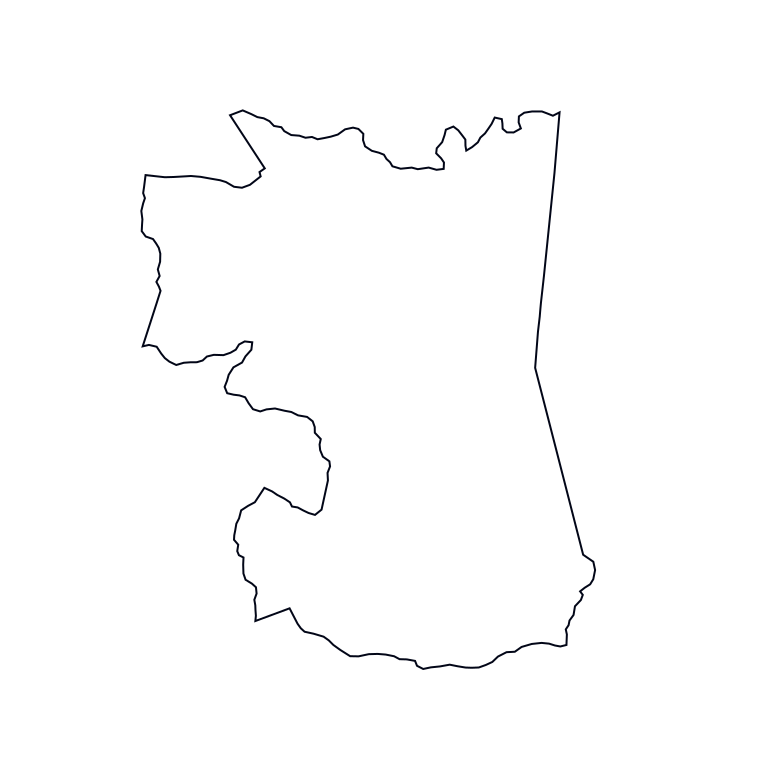 outline of Uruoca, Ceará, Brazil, rotated 78°
{"feature_id": "56859067B73687769922526", "entity_name": "Uruoca", "entity_type": "district", "adm_level": 2, "iso_a3": "BRA", "parent_name": "Brazil", "parent_adm1": "Ceará", "projection": "equal_earth", "projection_center": [-40.696, -3.323], "detail": "fine", "context": "isolated", "style": "outline", "palette": "ink", "viewbox_px": 768, "rotation_deg": 78, "n_neighbors": 0, "source": "geoboundaries", "source_scale": "gbopen_adm2", "svg_char_len": 3196}
<svg xmlns="http://www.w3.org/2000/svg" viewBox="0 0 768 768"><g transform="rotate(78 384 384)"><path d="M130.1,573.8L141.3,577.7L147.2,579.9L152.5,579.2L157.2,582.0L164.3,585.4L172.8,586.1L178.1,587.6L184.1,589.2L190.2,586.4L194.2,579.8L199.1,577.7L204.0,576.0L210.0,575.7L217.9,577.6L224.9,581.4L231.7,581.0L236.8,585.4L242.0,583.9L246.4,583.2L258.2,589.9L297.0,612.2L296.9,605.8L300.3,598.6L307.9,595.6L313.1,593.0L317.5,589.3L322.2,583.3L321.6,575.4L322.5,568.9L323.8,562.5L323.3,556.5L320.3,551.5L320.1,544.4L322.4,535.0L321.5,527.7L319.6,521.8L315.2,517.6L313.4,511.4L315.8,504.2L322.9,506.6L328.2,513.8L333.5,518.4L336.4,527.8L342.7,534.0L348.1,536.8L353.7,540.5L360.4,539.3L363.2,533.3L365.1,527.8L368.1,522.6L374.7,520.4L381.4,517.4L385.1,510.8L384.4,504.2L385.3,495.7L389.5,486.8L392.1,480.5L396.8,474.6L400.2,466.1L405.7,461.5L411.7,460.7L417.3,461.8L424.7,457.3L429.8,459.6L435.4,460.2L442.4,458.9L448.3,453.5L453.4,453.9L459.2,457.7L466.7,458.9L493.9,471.2L497.7,478.7L494.5,484.6L490.8,489.4L486.8,494.1L484.7,499.5L480.2,500.6L475.3,505.4L470.4,511.4L465.8,515.8L460.7,522.6L466.9,528.9L472.8,534.9L474.9,542.2L477.9,550.0L485.3,553.7L490.0,557.5L496.6,560.1L500.8,561.9L505.2,563.1L510.9,560.0L517.0,562.3L521.3,561.5L524.5,557.5L531.4,559.3L540.2,560.9L546.7,560.1L551.8,554.7L556.2,551.5L562.5,552.2L568.1,555.7L573.7,555.9L578.3,556.7L584.1,557.5L589.1,559.1L583.8,523.0L600.5,518.4L605.6,516.2L609.8,513.2L613.6,504.8L618.6,495.6L623.3,491.3L628.7,487.8L635.0,482.1L643.2,473.7L645.1,465.5L645.1,455.1L646.7,446.3L649.0,438.6L652.4,430.7L656.4,426.0L658.1,419.0L661.3,411.2L666.5,410.3L670.9,404.9L670.9,397.1L671.9,387.9L672.2,378.1L675.3,370.9L678.3,363.2L679.8,357.2L681.0,350.2L680.0,342.8L678.4,335.8L674.3,329.2L671.8,319.9L673.1,311.7L669.8,304.1L669.0,293.5L670.0,283.7L672.3,276.5L675.3,271.2L677.4,266.1L677.2,259.8L671.3,258.3L667.0,257.2L661.8,257.2L658.3,253.6L653.9,251.7L649.3,246.6L641.1,243.4L636.2,236.3L631.6,233.4L627.6,235.3L625.0,230.0L622.8,224.0L618.5,219.9L609.9,216.2L601.4,216.2L592.4,224.7L486.8,229.1L399.6,232.8L364.8,222.5L350.6,217.7L343.3,215.5L337.5,213.7L311.9,205.2L213.1,173.4L154.8,155.8L156.7,163.0L153.1,168.4L150.3,172.8L148.2,182.6L147.8,190.4L150.3,196.4L156.1,197.9L162.5,197.0L164.9,204.9L163.4,211.5L159.0,214.9L153.7,214.0L149.4,213.7L146.4,220.3L152.0,224.7L156.1,229.0L159.9,233.1L163.0,238.5L167.1,241.9L170.6,248.6L172.8,255.0L168.0,254.8L161.8,253.6L157.1,255.8L151.3,258.6L146.6,262.6L148.1,270.6L153.1,273.0L159.5,276.8L164.4,283.4L169.2,285.0L175.1,281.2L179.8,279.3L186.0,280.9L185.4,288.1L181.6,295.3L180.9,306.3L178.1,311.9L176.9,322.9L172.8,330.5L168.3,332.0L164.4,334.8L159.7,336.4L156.7,340.9L153.4,347.4L147.6,353.1L141.1,353.8L135.0,352.2L129.2,356.0L126.8,361.0L126.8,369.1L130.4,377.3L131.0,384.7L131.0,391.1L130.8,398.1L127.4,403.1L126.8,409.6L123.5,415.2L121.2,423.0L115.9,429.0L111.5,431.0L108.7,438.0L103.1,441.4L99.1,446.4L96.6,452.4L92.4,457.7L87.0,465.3L89.1,478.7L148.3,455.8L150.8,461.7L155.3,461.5L161.3,473.7L162.5,482.1L159.9,489.7L153.6,496.6L150.6,502.0L147.1,510.8L143.2,520.4L140.4,529.6L139.4,536.2L137.8,546.6L136.2,555.3L130.1,573.8Z" fill="none" stroke="#020617" stroke-width="2"/></g></svg>